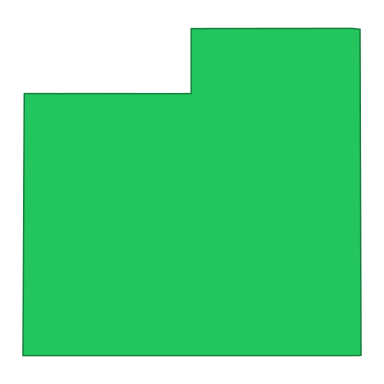 Winkler, Texas, United States of America (Albers equal-area conic projection)
{"feature_id": "52423323B34965640211434", "entity_name": "Winkler", "entity_type": "district", "adm_level": 2, "iso_a3": "USA", "parent_name": "United States of America", "parent_adm1": "Texas", "projection": "albers", "projection_center": [-103.096, 31.869], "detail": "fine", "context": "isolated", "style": "filled", "palette": "green", "viewbox_px": 384, "rotation_deg": 0, "n_neighbors": 0, "source": "geoboundaries", "source_scale": "gbopen_adm2", "svg_char_len": 304}
<svg xmlns="http://www.w3.org/2000/svg" viewBox="0 0 384 384"><path d="M191.2,28.6L191.2,93.6L177.5,93.7L175.7,93.7L94.9,93.6L61.8,93.6L61.7,93.7L60.0,93.7L54.8,93.6L24.3,93.6L23.0,355.6L357.8,355.6L361.0,355.3L360.0,29.3L351.6,28.4L191.2,28.6Z" fill="#22c55e" stroke="#15803d" stroke-width="1.5"/></svg>